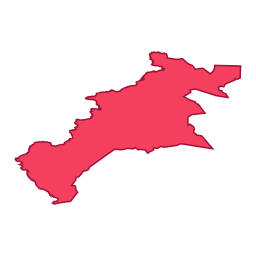 Jondal nor, Hordaland, Norway (Equal Earth projection)
{"feature_id": "86288312B59600167870114", "entity_name": "Jondal nor", "entity_type": "district", "adm_level": 2, "iso_a3": "NOR", "parent_name": "Norway", "parent_adm1": "Hordaland", "projection": "equal_earth", "projection_center": [6.252, 60.244], "detail": "fine", "context": "isolated", "style": "filled", "palette": "rose", "viewbox_px": 256, "rotation_deg": 0, "n_neighbors": 0, "source": "geoboundaries", "source_scale": "gbopen_adm2", "svg_char_len": 5579}
<svg xmlns="http://www.w3.org/2000/svg" viewBox="0 0 256 256"><path d="M166.5,53.9L165.1,53.9L164.5,53.6L164.5,53.3L164.4,53.2L161.4,53.6L160.3,53.1L160.1,52.6L158.5,52.5L158.5,52.2L158.0,52.1L156.6,52.5L153.6,52.2L152.9,52.5L151.5,52.3L152.2,52.6L151.9,52.7L151.9,53.0L150.7,53.2L150.8,53.6L149.8,54.0L150.1,54.3L149.8,54.5L149.7,55.7L150.2,56.1L150.6,56.8L150.4,57.0L150.5,57.4L150.0,57.8L151.1,58.6L150.4,59.2L151.2,59.5L151.5,59.9L152.3,60.0L153.2,60.6L153.4,61.0L153.3,61.4L152.9,61.5L153.2,61.7L152.9,62.2L153.2,62.5L153.1,62.9L152.2,63.4L151.7,64.5L152.3,64.5L152.3,64.9L153.3,65.3L155.1,65.7L157.9,65.6L159.8,66.5L161.9,66.5L162.6,67.7L162.3,67.9L162.7,68.0L162.6,68.4L162.8,68.9L163.7,68.8L163.5,69.0L163.8,69.3L163.6,69.5L163.9,69.5L163.8,70.1L162.8,70.2L162.0,69.8L162.0,70.1L159.6,70.4L156.6,71.7L155.9,71.5L155.5,71.8L153.9,71.6L153.7,71.5L153.7,71.0L152.1,71.8L150.1,72.0L149.4,72.5L148.3,72.2L147.3,72.4L146.2,73.1L146.1,73.4L146.5,73.3L146.4,73.7L145.4,74.1L144.9,74.7L144.9,75.2L143.2,76.2L143.8,76.5L143.3,77.3L143.2,77.7L143.5,78.0L143.4,78.5L142.2,77.8L141.5,78.1L141.6,78.4L142.0,78.6L141.7,78.8L143.2,78.8L142.8,78.9L142.9,79.2L143.8,79.0L144.0,79.1L143.4,79.5L143.1,79.3L141.4,79.7L141.2,80.0L141.7,80.2L139.4,80.7L138.2,81.6L136.6,82.0L136.8,82.2L136.2,82.9L137.0,84.1L136.7,84.8L134.4,85.6L129.9,86.0L128.4,86.7L127.7,86.7L127.5,87.0L126.9,87.0L126.6,87.2L126.8,87.3L124.0,88.1L122.4,89.2L121.4,89.4L121.3,90.0L120.6,90.4L120.8,90.7L120.6,91.0L116.0,91.9L113.9,90.6L111.2,90.0L110.9,90.3L111.9,90.5L111.8,90.8L110.9,90.9L110.7,90.7L110.8,90.9L110.2,90.9L110.2,91.1L108.9,91.7L106.7,91.7L104.6,92.2L101.7,92.2L99.7,92.7L98.7,93.3L96.8,93.3L96.3,93.8L96.6,94.5L95.6,95.9L94.0,96.2L93.5,96.7L92.2,96.2L90.5,96.8L88.9,96.6L88.6,96.9L87.2,97.1L86.9,97.5L85.7,98.0L86.0,98.8L86.8,99.0L91.1,99.6L91.8,99.3L92.1,99.6L93.2,99.5L93.6,99.9L94.5,100.0L95.7,100.5L96.9,102.4L96.9,102.7L96.6,102.7L96.4,103.5L96.8,104.1L97.3,104.4L96.9,104.7L99.2,105.6L99.2,106.0L98.8,106.3L98.7,107.1L99.2,107.6L99.3,108.0L99.0,108.3L99.4,108.6L100.0,108.5L99.9,108.6L100.4,108.8L100.0,108.8L100.9,109.2L100.9,109.6L99.8,109.9L97.3,109.1L94.9,108.8L93.9,109.1L92.5,108.5L91.6,108.7L91.5,109.0L91.0,109.2L90.9,109.7L92.0,111.1L90.2,111.5L90.3,112.3L91.5,113.1L91.9,113.7L91.7,114.1L92.0,114.3L92.0,114.9L92.2,115.2L92.7,115.5L92.4,116.0L91.9,116.1L91.9,116.5L90.8,116.9L91.1,117.5L91.5,117.9L89.5,118.9L87.5,119.0L85.1,119.7L80.5,120.1L77.2,119.3L76.3,119.7L76.6,120.5L76.1,121.0L76.1,121.5L74.8,122.6L74.9,123.2L75.7,123.4L75.6,123.9L76.0,124.1L76.5,124.8L77.9,125.0L78.1,125.2L77.3,127.0L76.1,126.9L75.8,127.3L74.9,127.5L75.9,129.4L73.9,130.1L73.7,129.8L73.2,129.9L73.3,130.3L72.8,130.5L72.0,130.2L70.0,130.5L69.7,132.3L71.3,133.4L71.6,135.0L72.4,135.5L72.3,136.2L72.7,137.7L72.5,138.2L71.9,138.7L71.0,138.9L70.0,138.6L69.1,139.2L68.8,140.1L69.3,140.3L69.1,140.7L67.3,140.9L65.9,141.9L64.6,142.5L64.8,142.9L64.7,143.3L63.5,144.4L62.6,144.7L61.8,144.4L60.9,144.6L55.1,146.2L54.1,145.9L52.3,145.9L52.2,145.6L50.9,144.7L50.9,143.4L50.5,142.7L49.4,142.8L48.2,142.5L47.6,142.0L45.1,142.0L43.1,141.6L40.8,142.0L39.5,141.9L37.5,142.1L35.1,142.5L34.0,143.2L33.8,144.4L32.4,144.7L31.8,145.3L31.4,145.2L31.7,145.4L31.4,145.6L30.1,146.2L30.4,146.7L29.5,147.3L29.8,147.9L29.3,148.3L29.3,148.7L28.6,149.9L28.9,150.1L29.4,151.4L28.9,152.0L27.9,152.3L27.9,152.6L26.9,153.1L26.8,153.9L25.0,154.3L21.5,155.5L19.1,157.0L19.2,157.4L18.6,157.8L16.8,158.2L17.0,158.4L16.1,158.3L15.4,158.5L15.4,159.6L16.1,159.7L16.1,160.5L17.2,161.2L18.6,161.2L20.8,161.8L22.5,163.0L22.1,163.5L19.5,164.6L21.6,165.2L22.9,166.1L22.7,166.5L20.9,167.7L21.0,168.7L23.0,169.9L24.1,170.0L25.3,169.6L27.2,170.1L27.3,171.0L27.8,171.2L27.4,171.3L28.2,171.8L28.1,172.3L26.9,173.0L26.9,173.6L27.4,174.5L27.5,175.7L28.5,176.3L28.8,177.4L29.6,177.7L30.7,179.2L32.1,179.6L32.5,179.8L32.2,180.0L32.8,180.1L32.7,180.4L33.2,180.9L34.6,181.1L35.2,181.6L35.1,182.3L35.5,182.7L35.8,184.2L36.6,185.7L37.8,186.7L38.9,188.2L40.7,189.0L42.9,189.1L46.5,190.8L46.9,191.1L46.9,191.4L47.3,191.3L48.3,191.9L48.7,193.1L49.5,193.5L49.6,194.1L50.3,194.7L50.0,195.5L50.6,195.8L50.8,195.5L51.3,195.6L51.1,195.5L51.3,195.4L52.5,195.5L53.1,196.0L52.8,196.3L53.2,196.2L53.8,196.7L53.8,197.1L56.8,197.8L58.0,198.6L58.2,199.2L58.2,199.6L57.3,200.8L55.7,201.4L53.9,201.5L53.0,202.3L53.0,202.8L52.6,203.1L53.9,203.9L54.8,203.9L59.5,202.8L70.5,201.3L77.6,192.4L76.2,190.3L75.6,187.7L75.6,186.3L74.8,185.9L71.7,185.5L75.7,179.9L76.1,177.4L78.8,176.7L82.2,173.0L82.7,171.5L87.9,170.0L89.1,168.2L89.3,167.2L114.5,149.3L121.9,149.7L127.8,148.4L133.3,148.9L135.2,147.6L138.3,149.8L139.7,149.4L145.1,149.9L147.7,153.2L148.6,152.8L149.0,152.1L153.5,150.0L153.5,147.9L157.4,148.3L161.3,146.4L164.0,147.2L177.2,145.4L179.9,143.9L182.8,144.0L212.7,148.8L201.8,136.0L198.9,135.3L196.6,135.2L196.1,134.4L196.1,134.0L195.3,133.8L193.3,132.0L194.5,129.3L193.7,127.0L190.2,124.2L188.8,124.7L188.2,125.2L187.9,122.5L187.9,117.2L191.8,114.6L205.0,113.1L198.5,104.5L196.3,103.5L195.2,102.5L195.4,101.9L190.6,100.3L183.6,96.6L190.9,92.2L189.8,90.0L195.4,89.0L216.1,95.6L228.0,97.5L225.8,93.7L223.8,93.2L222.5,92.4L221.9,90.9L219.3,90.4L218.6,87.9L218.7,86.9L220.9,86.4L220.8,86.1L223.8,86.8L225.2,84.1L234.6,80.1L235.0,79.9L234.4,79.0L234.5,78.8L236.4,79.2L238.5,78.9L238.8,78.3L240.1,78.2L240.6,66.0L214.6,65.4L214.7,67.5L213.4,71.0L210.3,73.8L202.9,68.3L198.7,68.6L197.2,69.2L195.3,69.2L192.3,65.4L189.7,64.5L187.6,63.3L182.4,58.7L179.0,59.3L175.3,59.3L169.2,58.2L167.6,58.3L167.1,57.1L167.3,56.1L166.8,55.4L166.5,53.9Z" fill="#f43f5e" stroke="#9f1239" stroke-width="1.5"/></svg>